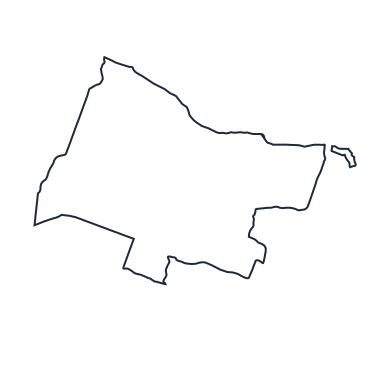 outline of Angola, rotated 110°
{"feature_id": "AGO", "entity_name": "Angola", "entity_type": "country or territory", "adm_level": 0, "iso_a3": "AGO", "parent_name": "Africa", "parent_adm1": "", "projection": "equal_earth", "projection_center": [17.424, -11.224], "detail": "fine", "context": "isolated", "style": "outline", "palette": "slate", "viewbox_px": 384, "rotation_deg": 110, "n_neighbors": 0, "source": "natural_earth", "source_scale": "50m", "svg_char_len": 4126}
<svg xmlns="http://www.w3.org/2000/svg" viewBox="0 0 384 384"><g transform="rotate(110 192 192)"><path d="M287.7,185.4L288.0,188.2L288.3,192.1L288.5,194.8L288.8,196.1L288.9,196.8L288.6,197.5L288.3,199.1L287.9,200.6L287.6,201.7L287.8,203.6L287.6,206.3L287.4,209.1L287.3,211.9L287.9,216.9L287.8,218.4L287.0,221.0L286.5,222.9L286.1,225.2L286.0,226.4L287.3,229.7L287.2,230.4L286.2,230.6L285.4,230.7L282.1,230.7L277.4,230.7L272.7,230.7L268.0,230.7L263.7,230.7L259.6,230.7L255.9,230.7L255.9,234.0L255.9,240.8L255.8,247.6L255.8,254.4L255.7,261.2L255.7,268.0L255.6,274.7L255.6,281.5L255.5,288.3L255.5,293.2L256.4,299.6L258.1,306.7L258.7,307.3L260.5,308.6L262.9,311.3L264.2,313.3L266.9,316.7L270.5,321.2L274.0,325.1L277.1,328.6L272.2,329.8L265.2,331.6L260.5,332.7L254.9,334.1L251.1,335.0L246.4,336.2L245.6,336.1L244.4,335.4L241.6,335.2L238.4,336.3L235.9,336.5L234.0,336.1L232.2,335.1L230.4,333.8L227.3,333.3L222.9,333.6L218.7,333.4L214.6,332.5L211.6,332.1L209.9,332.3L208.0,332.0L206.0,331.2L204.3,329.9L202.3,327.1L200.7,324.5L200.3,324.1L199.8,323.7L199.3,323.5L194.8,323.5L190.5,323.4L188.1,323.4L182.1,323.4L176.1,323.4L170.1,323.4L164.2,323.3L158.2,323.3L152.2,323.3L146.2,323.3L140.3,323.3L137.1,323.3L134.1,323.5L130.9,323.7L130.4,323.6L129.6,323.3L129.1,322.7L127.3,321.2L125.8,320.1L123.7,318.1L122.4,316.0L121.2,315.3L119.2,314.9L117.7,314.6L116.5,314.5L114.3,315.5L112.7,316.5L111.6,317.4L109.6,318.5L107.9,319.6L104.9,319.5L104.3,319.6L102.7,319.6L101.1,318.6L99.5,318.7L97.8,319.9L95.3,320.4L95.8,312.4L96.4,308.9L96.4,304.7L95.9,293.8L95.4,292.3L95.1,290.6L96.7,289.2L97.5,288.2L98.5,286.4L99.2,283.9L100.1,278.2L103.2,265.3L104.7,252.7L106.6,246.7L107.3,239.9L112.7,231.2L114.0,225.9L116.8,223.3L120.8,220.5L123.7,215.5L125.0,212.0L126.6,205.4L126.5,198.5L127.5,189.3L127.3,186.6L125.7,182.9L125.4,180.3L124.0,177.7L122.5,175.8L121.8,172.3L119.2,166.8L118.5,163.1L117.2,160.5L117.0,157.2L116.4,153.8L115.1,150.4L113.8,146.5L113.8,145.2L114.6,143.8L115.3,143.3L115.1,144.0L114.6,144.9L114.7,145.6L119.5,138.7L119.8,137.4L119.7,135.9L119.6,134.1L119.8,132.0L115.2,119.3L111.5,107.6L110.9,101.7L106.0,93.8L104.1,88.8L103.0,85.2L102.2,83.8L102.5,83.2L103.8,83.0L106.5,82.2L110.3,81.3L113.8,79.2L114.7,78.3L116.6,78.1L118.4,78.6L119.1,78.2L119.5,78.2L124.0,78.2L125.8,78.1L129.2,78.1L131.4,78.3L132.6,78.5L135.9,78.9L140.0,78.8L141.5,78.6L146.9,78.5L152.2,78.4L157.1,78.3L162.4,78.3L166.4,78.3L168.3,79.0L170.0,80.4L170.7,81.7L171.1,82.3L171.6,83.6L172.5,84.7L172.8,86.4L172.6,88.6L172.7,91.3L173.3,94.4L174.4,97.7L176.1,101.2L176.8,104.0L176.6,106.0L177.1,108.1L178.4,110.4L179.3,111.6L179.8,112.5L181.2,116.0L183.9,121.5L185.9,125.7L186.6,126.2L187.6,126.0L189.7,125.6L191.9,125.5L193.4,126.3L194.0,126.2L196.3,124.6L198.6,124.0L201.0,123.4L202.2,122.7L203.6,122.7L207.5,124.0L208.3,124.1L211.4,124.1L214.6,123.3L215.0,117.8L215.1,116.7L215.8,114.6L216.8,112.7L216.9,111.0L216.9,108.6L217.6,105.7L219.7,103.4L223.1,102.3L225.0,102.1L228.1,101.5L232.8,100.8L234.5,100.9L234.6,101.2L233.6,105.2L233.6,106.5L234.0,107.9L234.7,108.6L239.6,108.7L244.0,108.7L249.1,109.0L252.9,109.2L253.4,109.4L253.8,109.7L254.4,111.6L254.2,115.5L253.3,121.2L253.7,126.4L255.1,131.3L255.3,138.9L254.7,143.4L254.0,149.0L253.7,155.4L254.4,158.1L255.9,160.9L258.1,163.9L259.8,167.7L261.0,172.3L261.4,175.3L261.1,176.5L261.1,178.6L261.4,181.5L261.0,183.5L259.8,184.5L259.4,185.8L260.0,188.4L260.1,190.7L260.6,191.6L260.9,192.3L261.5,192.4L262.7,191.5L264.2,190.0L265.4,189.3L267.1,189.4L269.4,189.8L273.6,190.0L274.8,189.7L278.7,187.6L279.7,187.5L281.2,187.7L283.4,188.3L285.6,188.4L286.6,187.8L286.7,186.9L287.1,185.8L287.7,185.4ZM114.7,51.9L114.5,52.2L112.7,53.2L110.8,54.1L108.4,57.7L107.1,59.3L106.8,59.6L105.6,60.5L104.8,61.3L104.9,61.7L105.4,62.1L106.0,62.9L105.9,68.8L105.7,74.7L105.4,75.1L103.8,75.3L101.7,75.7L101.1,76.0L100.9,75.4L100.1,73.3L100.5,71.3L101.0,69.8L100.5,66.7L99.4,63.9L98.3,60.5L97.9,59.8L98.9,58.7L100.3,56.2L100.9,55.0L102.5,54.7L103.1,53.8L103.6,52.4L103.7,51.5L105.6,50.9L107.8,49.6L109.1,48.3L110.3,47.5L111.1,47.5L111.6,47.8L113.1,50.1L114.3,51.5L114.7,51.9Z" fill="none" stroke="#1e293b" stroke-width="2"/></g></svg>